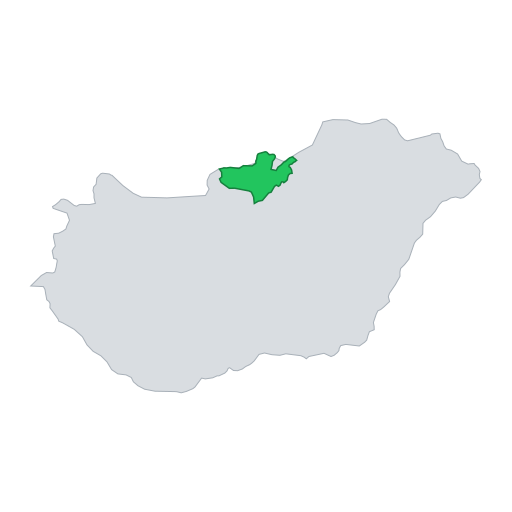 Hungary, with Nógrád highlighted
{"feature_id": "HUN-3166", "entity_name": "Nógrád", "entity_type": "County", "adm_level": 1, "iso_a3": "HUN", "parent_name": "Hungary", "parent_adm1": "", "projection": "mercator", "projection_center": [19.65, 47.967], "detail": "fine", "context": "in_parent", "style": "filled", "palette": "green", "viewbox_px": 512, "rotation_deg": 0, "n_neighbors": 0, "source": "natural_earth", "source_scale": "10m", "svg_char_len": 3726}
<svg xmlns="http://www.w3.org/2000/svg" viewBox="0 0 512 512"><path d="M431.8,134.0L438.1,133.2L438.4,133.4L439.9,133.8L440.9,138.5L441.1,138.8L442.7,141.8L444.1,145.9L446.3,149.0L451.2,150.2L457.6,154.0L461.7,161.1L468.0,164.1L468.4,164.1L469.7,163.8L474.1,163.5L475.0,165.0L478.6,168.4L480.0,171.5L479.3,174.7L479.9,178.4L481.3,179.7L479.6,182.1L468.0,194.3L463.5,197.6L460.4,198.2L455.7,197.0L450.8,197.9L446.4,200.5L442.4,201.4L439.3,204.5L435.3,211.1L430.5,216.7L425.6,220.2L423.0,223.3L422.7,234.1L420.0,237.2L416.4,240.3L414.4,243.0L408.8,259.3L404.6,264.5L400.6,268.5L399.9,272.1L400.0,276.3L395.4,284.6L389.5,293.2L388.3,296.7L389.6,301.5L383.9,306.9L380.6,309.6L377.9,310.8L376.2,314.2L373.4,322.5L374.1,326.3L374.2,329.7L369.4,331.7L368.0,335.4L366.7,340.1L364.7,342.2L359.3,346.0L345.8,344.4L340.7,345.6L339.2,348.4L338.9,350.6L337.2,352.7L334.1,355.3L331.0,356.5L324.0,353.3L308.9,356.5L306.3,358.8L304.2,357.2L300.9,355.7L285.8,353.8L279.9,355.3L271.9,354.7L264.5,353.0L259.0,354.4L254.2,360.9L251.8,363.1L249.9,364.5L245.7,366.5L242.3,369.0L237.6,370.7L233.5,370.5L229.6,367.7L228.2,368.3L227.0,370.9L224.8,373.1L219.0,375.8L217.5,375.8L217.2,375.8L212.7,377.8L205.3,378.9L201.6,378.1L194.9,387.1L192.8,388.7L186.4,391.4L181.2,392.8L176.7,391.7L174.9,391.6L155.0,391.2L144.6,389.2L137.9,385.7L133.4,381.8L131.3,377.5L126.1,374.9L117.9,373.9L111.6,369.6L107.0,361.9L100.9,355.8L93.1,351.3L87.0,344.9L82.4,336.7L74.2,329.3L62.4,322.7L58.8,321.2L58.1,319.1L52.3,310.9L49.9,307.8L50.1,303.7L48.9,301.4L46.8,299.8L45.7,293.9L45.0,289.5L43.4,286.6L30.7,286.0L41.3,275.5L46.6,272.5L52.7,273.0L54.7,272.1L55.2,270.6L56.2,267.1L56.7,263.9L57.3,260.8L56.6,259.1L53.7,258.5L52.2,250.9L53.7,248.1L55.3,246.1L53.4,236.8L54.0,233.7L58.7,233.2L62.7,231.2L65.9,229.0L66.8,226.1L69.5,220.3L67.0,213.1L53.2,208.4L52.5,206.6L55.7,204.6L59.1,201.7L61.1,199.4L63.8,199.1L67.5,200.3L74.2,205.5L76.7,206.2L79.2,204.7L81.8,204.4L89.2,204.6L95.4,203.4L94.0,197.8L94.0,193.8L93.0,190.6L93.6,187.0L96.1,184.3L96.9,178.0L100.7,173.8L102.6,173.2L109.4,174.0L111.0,175.1L112.0,175.3L122.9,185.6L133.2,193.3L141.6,197.2L153.9,197.5L167.0,197.9L189.0,196.5L205.5,195.5L206.6,193.6L209.1,189.0L207.1,185.1L207.2,180.4L210.0,174.4L218.1,169.4L241.4,167.2L254.8,163.4L256.8,158.3L261.3,153.3L265.3,152.2L270.9,154.6L277.6,159.0L283.5,161.4L286.9,159.9L298.8,152.3L312.4,145.0L321.8,125.0L322.8,121.9L332.9,119.6L347.8,120.0L355.4,122.6L361.1,124.0L369.7,123.5L382.0,119.2L386.6,119.3L390.2,122.4L394.0,125.0L396.7,128.2L398.6,132.7L399.7,134.4L401.4,136.7L404.6,139.9L407.6,140.8L430.4,135.2L431.8,134.0Z" fill="#d9dde1" stroke="#a8b0b8" stroke-width="1"/><path d="M283.9,162.1L285.5,161.5L288.5,158.7L290.0,157.7L292.5,156.9L292.8,156.8L293.4,157.7L295.3,159.1L296.6,160.4L295.9,160.8L295.4,161.5L293.5,162.4L292.0,164.0L290.1,164.5L289.2,165.1L288.9,166.4L289.3,167.0L290.2,167.4L291.6,170.0L292.1,173.3L290.1,173.5L288.4,175.0L287.6,177.5L287.3,179.8L285.6,181.5L283.8,182.7L282.9,181.8L281.8,181.8L280.8,183.3L280.1,185.1L278.5,186.3L276.3,185.1L274.5,186.4L271.1,192.2L268.6,193.0L262.4,200.4L258.3,201.2L254.3,203.5L253.6,197.0L251.4,192.1L248.9,190.9L234.7,188.2L229.3,188.3L221.1,182.4L219.5,178.9L221.8,176.9L221.6,172.2L219.4,169.0L222.6,168.3L223.6,167.9L225.1,167.9L226.4,168.0L230.3,167.4L238.6,168.4L239.3,168.3L243.3,165.7L252.2,165.9L255.8,163.4L255.9,162.9L255.9,162.3L255.9,161.8L255.8,161.2L256.6,159.5L257.2,155.6L257.9,154.1L259.1,153.5L265.2,151.8L265.9,151.9L266.6,152.1L267.3,152.7L268.8,154.5L269.4,154.8L272.5,154.3L274.0,154.5L275.2,155.9L275.3,156.9L274.9,157.8L274.7,158.6L272.5,161.4L272.0,165.4L271.0,169.4L276.2,170.5L278.0,167.2L281.2,164.9L283.9,162.1Z" fill="#22c55e" stroke="#15803d" stroke-width="1.5"/></svg>